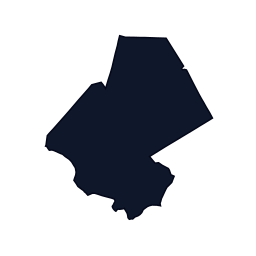 Beygee, Sala ad-Din, Iraq (Mercator projection), rotated 149°
{"feature_id": "34846034B92184872032162", "entity_name": "Beygee", "entity_type": "district", "adm_level": 2, "iso_a3": "IRQ", "parent_name": "Iraq", "parent_adm1": "Sala ad-Din", "projection": "mercator", "projection_center": [43.192, 34.889], "detail": "fine", "context": "isolated", "style": "filled", "palette": "ink", "viewbox_px": 256, "rotation_deg": 149, "n_neighbors": 0, "source": "geoboundaries", "source_scale": "gbopen_adm2", "svg_char_len": 2122}
<svg xmlns="http://www.w3.org/2000/svg" viewBox="0 0 256 256"><g transform="rotate(149 128 128)"><path d="M50.0,114.5L49.8,120.5L49.0,133.2L48.1,145.7L48.0,147.7L49.5,149.2L50.3,149.4L51.3,149.9L51.5,151.6L50.0,152.0L48.5,152.4L49.1,185.3L57.7,190.8L64.0,194.9L66.6,196.6L70.4,198.9L76.8,203.0L83.5,207.1L86.9,210.7L87.6,211.4L91.5,207.5L94.6,204.1L100.3,198.6L107.5,191.2L110.1,188.5L114.8,184.1L120.0,179.6L123.5,176.4L125.2,174.9L126.9,173.4L127.0,176.6L127.1,178.2L127.5,181.0L136.8,183.7L141.6,182.0L156.1,177.4L170.5,172.6L188.5,166.9L193.3,165.4L198.5,163.9L200.2,163.3L201.1,163.0L202.4,161.4L207.1,155.5L208.0,154.9L207.1,153.8L207.1,151.5L206.9,149.5L204.9,148.6L204.0,147.9L202.9,146.6L198.5,140.3L197.6,139.3L196.5,135.9L195.3,133.3L194.5,131.5L194.0,129.4L193.7,127.8L193.7,126.1L193.7,123.7L193.6,121.6L193.7,120.8L194.9,117.6L195.4,116.6L197.0,114.6L199.5,112.6L201.3,111.0L201.0,107.0L201.0,103.7L200.1,101.4L198.8,98.3L198.3,97.3L198.2,95.7L197.6,94.4L197.4,92.9L197.1,91.6L197.0,91.1L193.3,90.6L192.1,90.4L190.0,89.1L187.8,86.7L185.1,83.5L182.5,80.8L177.9,76.1L176.4,74.2L176.5,72.7L176.6,71.9L178.7,70.7L180.1,69.7L181.7,69.0L182.0,68.5L182.1,67.9L182.2,67.1L182.2,66.3L181.9,64.5L181.4,63.1L181.2,62.9L180.1,63.4L178.4,63.7L177.3,62.8L175.3,61.9L173.9,61.3L172.5,60.9L172.6,60.6L172.6,59.1L172.6,57.4L172.6,55.8L172.9,54.3L173.5,52.7L174.2,51.1L173.9,49.1L173.4,48.9L172.1,48.5L171.3,48.0L170.8,47.6L169.5,47.9L168.6,48.0L167.8,48.2L166.3,47.9L164.7,47.6L162.3,47.7L159.8,48.4L158.4,49.3L157.0,50.2L154.3,50.5L151.8,50.7L149.7,50.4L147.0,49.6L145.6,48.7L143.4,47.3L142.8,47.0L142.1,46.2L141.1,45.5L140.2,44.6L139.6,46.3L139.2,47.1L137.7,48.3L135.7,50.3L133.7,51.6L129.9,54.2L127.0,56.1L125.1,57.2L122.1,57.9L118.6,58.8L115.3,61.4L113.3,62.9L114.5,64.7L115.3,65.7L114.8,68.3L114.3,70.5L114.3,72.5L115.9,75.1L117.9,78.4L119.7,82.5L122.9,83.9L123.5,87.5L123.9,90.2L124.2,92.5L105.4,92.8L102.9,92.8L86.2,92.8L83.8,92.8L81.4,92.8L75.8,92.8L73.3,92.8L65.9,92.9L63.5,92.9L62.2,92.9L59.8,92.9L50.5,93.0L50.2,99.4L50.2,105.5L50.0,111.1L50.0,114.5Z" fill="#0f172a" stroke="#020617" stroke-width="1.5"/></g></svg>